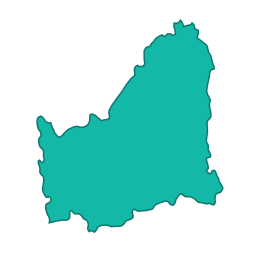 Stowbtsy, Minsk, Belarus, rotated 79°
{"feature_id": "67162791B19818766020383", "entity_name": "Stowbtsy", "entity_type": "district", "adm_level": 2, "iso_a3": "BLR", "parent_name": "Belarus", "parent_adm1": "Minsk", "projection": "robinson", "projection_center": [26.677, 53.605], "detail": "fine", "context": "isolated", "style": "filled", "palette": "teal", "viewbox_px": 256, "rotation_deg": 79, "n_neighbors": 0, "source": "geoboundaries", "source_scale": "gbopen_adm2", "svg_char_len": 4495}
<svg xmlns="http://www.w3.org/2000/svg" viewBox="0 0 256 256"><g transform="rotate(79 128 128)"><path d="M205.1,46.3L204.2,46.7L202.2,47.1L200.3,47.7L197.5,48.7L195.1,48.7L193.4,49.3L191.4,49.9L189.6,50.2L187.9,50.3L186.3,51.0L185.9,52.4L186.4,54.0L187.6,54.7L188.7,55.1L188.7,56.2L188.0,57.2L186.2,58.4L185.1,58.9L184.0,58.8L183.6,57.8L183.2,57.0L181.5,56.7L180.5,56.7L178.8,56.8L177.6,56.8L176.5,57.0L175.1,57.1L173.7,57.1L172.6,56.4L172.4,55.1L172.2,53.0L171.6,52.3L170.0,52.0L168.0,52.4L165.7,53.2L164.1,53.4L163.0,53.2L161.3,52.7L159.4,52.6L158.5,53.1L157.1,53.6L156.2,53.5L154.0,53.1L152.4,52.6L150.4,51.9L148.0,51.0L145.2,50.5L142.7,50.1L140.3,49.8L138.1,49.4L137.0,49.2L135.2,47.5L134.8,46.6L133.9,45.3L132.2,44.4L128.6,43.8L127.2,43.8L123.3,43.9L121.2,43.8L119.7,43.4L116.9,42.0L115.0,42.1L113.2,42.6L111.3,43.2L109.9,43.6L107.8,43.8L106.2,43.6L104.1,42.9L101.6,42.0L98.4,40.7L96.7,39.9L94.7,39.1L93.2,38.4L90.9,37.7L89.1,37.1L87.9,36.4L86.7,35.0L86.7,33.5L86.7,32.6L85.8,31.9L84.3,31.9L82.2,32.3L79.3,32.7L77.8,32.7L74.9,32.8L72.5,33.1L69.2,34.4L67.0,34.6L63.9,34.6L61.8,35.0L59.9,36.5L58.2,38.2L56.5,39.4L53.3,42.5L51.6,42.9L49.3,41.1L45.6,40.4L44.1,42.4L43.6,43.5L41.8,43.5L39.2,43.5L37.1,45.1L38.5,46.3L38.7,48.6L38.7,51.4L39.2,53.9L34.1,54.9L32.2,56.0L33.5,57.3L34.1,57.9L34.5,60.6L33.8,62.7L37.3,63.6L39.4,63.2L43.1,63.2L45.2,64.1L45.7,66.4L43.8,68.0L43.6,69.2L43.1,71.3L44.7,73.1L44.7,75.5L43.1,76.8L43.8,79.9L45.6,83.8L47.5,85.8L50.2,89.6L51.9,90.3L52.1,92.8L52.8,95.3L55.3,97.4L58.8,98.1L63.9,99.0L68.1,99.2L70.2,100.9L70.0,103.1L70.0,105.0L68.3,106.8L69.3,109.2L70.0,109.6L72.3,110.8L74.1,110.8L77.6,111.2L79.7,115.1L83.9,120.0L87.8,123.9L91.5,127.4L95.3,131.7L99.0,135.6L102.7,139.5L104.9,141.4L107.0,143.1L109.4,143.9L112.2,143.9L114.7,144.3L115.6,146.1L115.6,147.7L115.5,150.6L115.8,152.4L114.7,153.5L112.2,155.6L109.5,157.6L108.0,159.5L107.3,161.3L108.0,162.9L109.8,163.3L112.6,164.0L114.7,164.8L116.5,166.2L117.4,167.1L118.4,169.9L118.6,171.5L118.1,175.2L116.8,177.1L116.5,179.4L116.8,182.0L117.5,184.7L118.0,186.9L120.8,191.4L123.7,195.3L123.7,198.3L119.0,200.8L109.9,202.8L108.0,202.7L108.2,204.6L106.9,206.4L106.2,207.6L104.6,208.2L102.9,208.8L101.3,209.7L99.7,211.3L100.4,213.8L101.5,215.0L103.4,215.8L106.9,216.4L109.5,216.4L111.9,216.1L113.5,215.5L115.1,214.6L117.2,214.6L119.1,215.0L120.5,216.2L121.1,217.2L123.5,218.2L125.2,218.4L127.3,218.3L129.7,217.9L131.3,216.9L132.5,216.0L134.6,215.3L136.0,215.4L139.2,216.4L141.1,216.2L142.8,216.3L144.1,216.9L145.7,218.2L145.6,219.2L144.4,220.0L142.7,221.0L143.4,222.4L145.6,222.7L148.1,222.3L149.4,222.2L151.8,222.2L153.5,222.8L155.2,222.9L156.3,222.6L158.0,221.5L158.7,220.8L160.8,220.3L164.2,220.9L166.5,221.7L168.6,222.3L170.6,223.4L172.9,223.7L175.4,223.3L177.0,222.8L179.3,222.1L180.5,221.2L180.7,219.8L180.6,218.4L181.1,217.5L181.6,217.3L183.7,217.4L185.1,217.8L185.8,218.6L186.4,220.1L186.6,221.5L187.0,222.4L188.0,223.3L190.9,224.1L192.7,224.1L196.0,223.9L197.8,223.5L199.2,222.9L200.9,222.4L203.2,222.5L205.5,223.1L206.0,223.4L205.9,221.1L205.7,215.7L205.8,212.9L206.0,209.0L206.6,207.1L206.6,205.4L206.6,205.1L206.1,203.5L205.2,202.6L203.8,202.1L201.4,201.6L199.4,201.3L198.4,200.1L198.6,199.1L199.6,198.4L201.0,197.7L201.9,196.8L202.6,194.9L202.6,193.8L203.1,192.2L205.1,190.4L207.9,189.3L209.4,188.2L209.8,187.3L210.6,186.2L212.6,185.4L214.9,185.3L216.5,185.7L217.9,186.5L220.4,186.7L222.3,185.9L221.7,184.3L221.8,183.2L222.9,182.1L223.8,180.7L223.0,179.6L221.5,178.0L219.5,176.6L218.9,174.7L218.6,172.5L218.9,169.3L219.6,166.7L220.6,164.7L221.7,163.3L221.8,162.0L222.5,156.1L222.9,153.6L222.2,151.6L221.0,150.0L219.7,148.4L218.7,147.3L218.4,145.1L218.0,142.4L217.0,140.6L215.5,139.7L213.5,140.0L211.8,140.0L210.3,139.5L209.1,138.5L209.0,137.2L210.1,135.9L210.9,135.1L211.6,133.9L211.9,131.1L212.5,125.1L212.3,120.2L211.8,118.9L210.3,117.6L209.3,116.6L208.4,115.1L208.1,113.4L207.6,111.4L207.3,109.0L207.2,107.6L206.6,105.9L207.4,103.6L208.4,102.5L210.0,101.6L211.2,100.8L212.1,99.5L212.3,98.0L210.9,96.5L209.0,95.3L207.3,94.5L205.1,92.4L203.5,90.6L202.7,89.1L203.2,87.8L204.5,86.6L205.7,85.6L206.2,84.9L206.8,82.4L207.4,80.3L208.3,78.2L209.8,76.5L212.2,74.8L213.6,73.8L214.6,72.5L215.0,71.1L215.4,69.8L216.1,68.5L216.8,66.8L217.4,65.3L217.5,64.1L217.3,62.8L218.2,61.3L219.0,60.4L219.6,59.4L219.6,58.0L218.8,57.3L217.9,56.7L216.3,56.4L215.3,56.3L213.4,56.0L211.4,55.3L210.1,54.4L209.1,53.3L209.1,51.0L208.4,49.1L207.9,48.3L206.7,47.4L205.1,46.3Z" fill="#14b8a6" stroke="#0f766e" stroke-width="1.5"/></g></svg>